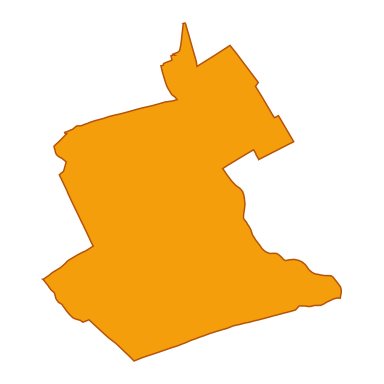 Persinari, Dâmbovita, Romania
{"feature_id": "2599482B61743752666633", "entity_name": "Persinari", "entity_type": "district", "adm_level": 2, "iso_a3": "ROU", "parent_name": "Romania", "parent_adm1": "Dâmbovita", "projection": "equal_earth", "projection_center": [25.49, 44.799], "detail": "fine", "context": "isolated", "style": "filled", "palette": "amber", "viewbox_px": 384, "rotation_deg": 0, "n_neighbors": 0, "source": "geoboundaries", "source_scale": "gbopen_adm2", "svg_char_len": 4900}
<svg xmlns="http://www.w3.org/2000/svg" viewBox="0 0 384 384"><path d="M340.2,298.2L341.2,292.6L341.3,290.1L340.5,286.9L338.1,283.6L336.1,281.0L334.8,279.4L333.2,277.3L331.4,275.9L329.0,275.6L327.0,275.6L325.2,275.6L320.5,275.0L318.0,274.3L315.8,274.1L313.6,273.2L312.2,272.5L309.2,270.0L307.8,268.0L305.4,264.7L302.2,262.0L298.7,260.4L294.2,259.4L289.6,259.8L287.6,260.1L285.9,260.6L284.6,260.1L283.4,259.3L281.4,257.1L279.7,255.5L278.0,254.2L276.3,253.4L273.3,253.3L269.8,253.5L265.5,251.7L263.6,250.1L262.0,248.6L260.9,247.0L260.0,245.5L259.0,244.3L257.6,242.5L255.6,239.9L254.2,237.5L252.4,234.8L251.8,232.8L251.1,230.5L250.2,228.6L248.7,225.9L247.5,224.3L246.7,222.6L245.7,221.2L243.5,218.5L243.6,214.5L244.3,210.0L245.0,204.2L244.7,201.8L244.4,198.3L243.7,194.6L242.6,191.5L239.7,188.1L236.9,186.3L235.3,184.9L233.7,183.2L231.5,180.9L226.1,173.6L224.7,171.4L222.7,168.6L227.2,165.6L244.9,154.9L253.5,149.8L255.1,152.3L255.9,154.0L256.2,155.0L257.8,157.6L258.5,158.9L258.6,159.1L258.8,159.3L258.8,159.5L261.5,158.1L265.9,155.9L270.2,153.7L272.1,152.7L276.1,150.7L282.5,147.4L285.1,146.1L287.2,145.0L287.8,144.7L293.4,141.9L293.7,141.7L283.5,124.3L278.4,115.6L275.4,117.3L274.3,117.6L273.0,115.6L261.4,95.9L255.5,86.4L258.3,82.5L245.9,66.0L241.8,60.6L235.9,52.7L230.0,45.4L218.3,53.0L213.3,56.2L197.0,66.4L196.4,62.1L196.1,60.7L193.5,51.8L192.4,47.9L190.7,41.9L188.9,35.3L187.8,31.7L186.8,28.2L185.8,24.5L185.4,23.3L184.8,23.0L184.0,23.2L182.9,23.7L183.2,24.0L182.6,29.3L181.4,40.2L180.9,44.4L180.1,48.3L179.6,50.6L177.8,52.3L173.1,54.1L174.7,55.1L172.8,55.1L170.9,55.8L171.7,58.9L171.9,60.0L170.0,61.0L166.6,62.2L163.5,63.6L163.4,65.2L160.9,65.8L162.3,71.7L165.2,81.5L166.8,86.0L167.8,88.1L171.7,94.5L175.3,97.3L177.1,99.6L173.2,100.8L168.7,101.5L166.0,101.9L164.7,102.1L162.0,102.9L158.6,103.9L155.0,104.9L152.5,105.6L149.0,106.4L146.5,107.0L144.4,107.4L142.7,107.8L135.6,109.7L132.1,110.7L122.6,113.3L118.4,114.3L114.3,115.2L109.1,116.5L105.9,117.6L102.9,118.6L96.0,120.4L91.1,121.9L87.0,123.6L83.9,124.6L82.2,125.4L80.6,125.8L77.2,125.9L76.7,126.0L76.2,126.3L74.2,128.0L72.3,129.5L72.0,129.6L70.9,129.8L69.7,130.5L68.6,131.0L67.6,131.3L65.9,132.0L65.4,132.2L64.7,132.4L64.8,132.6L65.0,133.3L66.7,133.6L64.9,135.5L64.7,135.7L61.8,138.7L57.9,142.6L56.4,143.9L54.7,145.5L54.0,146.3L54.3,148.0L55.0,149.7L55.4,152.1L55.7,153.1L56.6,154.7L57.6,155.7L59.1,156.9L62.0,158.4L66.2,161.9L65.8,163.4L65.3,165.1L64.4,168.4L63.9,170.1L63.5,171.3L62.9,171.9L62.2,172.4L60.9,173.4L59.3,174.8L66.9,190.6L68.2,194.0L68.4,194.3L70.6,199.1L73.5,205.2L75.1,208.5L76.7,211.7L77.8,214.0L79.6,217.8L80.6,220.0L81.3,221.4L82.1,222.9L82.2,223.2L83.1,224.9L83.7,226.3L86.0,231.1L86.5,232.1L87.7,234.6L88.0,235.3L89.0,237.4L90.0,239.6L91.4,242.7L93.2,246.1L91.5,247.2L89.7,248.4L86.8,250.2L85.3,251.1L84.4,251.5L83.8,251.7L83.4,251.8L83.1,252.0L82.5,252.3L79.8,253.7L77.9,254.7L76.3,255.6L74.8,256.5L73.6,257.2L71.5,258.5L69.5,259.6L67.7,260.9L66.6,261.9L65.8,262.9L64.0,264.6L62.7,265.7L61.8,266.6L60.9,267.3L60.2,267.8L57.4,269.5L56.2,270.3L55.2,270.8L54.4,271.3L53.1,272.1L52.1,272.8L51.4,273.3L50.6,274.0L50.0,274.6L49.1,275.3L48.1,276.0L46.6,277.0L44.3,278.6L43.8,278.9L42.7,279.2L43.5,279.8L46.4,283.5L47.1,284.4L47.6,285.1L48.1,285.7L48.6,286.3L48.9,287.0L49.4,287.7L49.9,288.3L50.7,289.5L52.0,290.7L52.7,291.3L53.7,292.2L54.3,292.8L54.6,293.5L54.8,294.2L55.2,295.6L55.5,297.1L55.7,297.9L56.0,298.6L56.2,299.1L56.9,300.2L57.6,301.0L58.1,301.9L58.5,302.3L59.0,302.6L59.7,303.1L60.2,303.4L60.7,303.6L61.3,304.0L61.7,304.3L62.1,304.7L62.5,305.2L62.7,305.6L63.1,306.2L63.9,307.2L64.7,308.3L65.0,308.7L65.2,309.0L65.4,309.3L65.5,309.4L65.7,309.8L66.0,310.2L66.4,310.8L69.6,314.6L72.5,317.4L74.0,318.4L77.6,319.6L80.8,320.5L81.5,321.3L82.9,322.2L89.0,319.8L90.2,320.9L94.8,325.2L97.4,327.6L102.2,332.0L104.2,333.9L108.6,337.8L112.6,340.9L115.8,343.3L117.2,344.6L120.3,347.6L123.3,350.5L127.9,354.8L132.9,359.8L134.0,361.0L142.4,357.6L148.9,355.4L149.3,355.3L154.5,353.6L160.1,351.7L166.1,349.6L169.5,348.4L172.5,347.4L176.1,346.3L177.8,345.7L178.5,345.5L182.4,343.9L185.2,342.9L189.4,341.0L191.7,340.1L195.7,338.7L200.4,336.9L203.8,335.8L205.0,335.3L205.2,335.2L207.6,334.4L209.6,333.6L213.0,332.5L215.6,331.7L215.8,331.6L218.9,330.7L220.4,330.3L221.9,329.8L223.8,329.2L225.7,328.8L227.4,328.2L230.7,326.9L232.6,326.1L235.4,325.3L236.4,325.1L239.1,324.6L245.8,322.8L246.3,322.7L246.9,322.7L247.5,322.6L248.5,322.4L250.1,322.0L251.6,321.6L253.3,321.1L254.8,320.7L256.8,320.3L258.5,319.9L260.0,319.5L260.9,319.2L261.9,319.0L264.3,318.4L267.8,317.4L269.5,317.0L271.8,316.3L274.7,315.5L276.5,315.1L280.6,314.0L283.5,313.2L287.1,312.3L290.9,311.3L293.1,310.7L294.9,310.2L295.8,309.7L297.0,308.4L298.4,306.8L299.1,306.0L305.2,306.0L308.1,306.5L309.7,306.5L311.5,306.3L314.0,305.5L320.6,305.4L323.9,303.9L326.8,302.1L331.6,299.9L332.8,299.2L336.9,298.0L340.2,298.2Z" fill="#f59e0b" stroke="#b45309" stroke-width="1.5"/></svg>